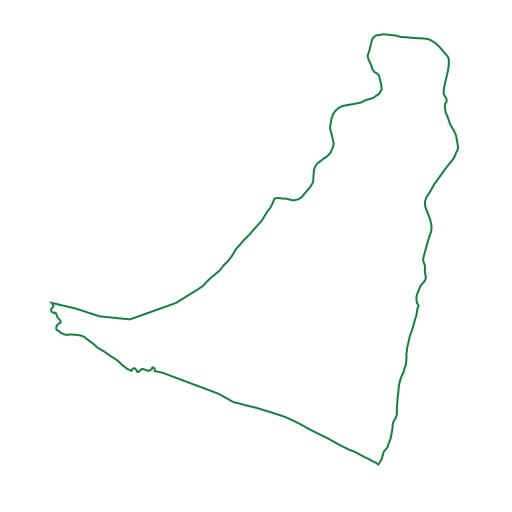 Tonpheung, Bokeo, Laos (Robinson projection), rotated 177°
{"feature_id": "54806243B26720131925701", "entity_name": "Tonpheung", "entity_type": "district", "adm_level": 2, "iso_a3": "LAO", "parent_name": "Laos", "parent_adm1": "Bokeo", "projection": "robinson", "projection_center": [100.271, 20.454], "detail": "fine", "context": "isolated", "style": "outline", "palette": "green", "viewbox_px": 512, "rotation_deg": 177, "n_neighbors": 0, "source": "geoboundaries", "source_scale": "gbopen_adm2", "svg_char_len": 4953}
<svg xmlns="http://www.w3.org/2000/svg" viewBox="0 0 512 512"><g transform="rotate(177 256 256)"><path d="M462.6,219.9L461.4,218.0L460.8,216.5L461.5,215.5L463.1,214.3L463.5,213.4L463.3,212.3L462.9,211.0L462.3,210.6L461.2,209.7L460.3,209.5L459.7,210.0L459.0,209.8L458.5,208.5L457.9,206.7L457.4,205.0L456.7,204.0L455.5,202.7L454.7,201.5L454.6,200.7L454.7,199.7L455.5,199.1L456.5,198.8L457.5,198.0L458.6,196.9L459.1,195.8L459.3,194.2L459.0,192.9L458.4,192.1L457.3,191.8L456.4,191.1L456.0,190.4L455.0,189.5L453.7,188.8L452.5,188.3L451.8,187.8L449.2,187.1L444.8,187.4L440.3,186.7L438.4,186.5L434.1,185.4L431.5,184.0L427.2,180.2L423.1,176.8L419.4,173.1L416.9,171.3L412.5,168.5L405.8,163.2L399.7,158.9L395.9,154.7L391.6,151.0L389.8,149.5L388.7,149.1L388.2,148.9L387.2,148.1L386.7,147.8L386.4,147.9L385.9,148.5L385.3,149.4L384.7,150.0L384.3,150.2L383.8,150.4L383.4,150.3L382.9,150.1L382.1,149.3L381.8,148.9L381.4,148.4L381.1,147.7L380.8,146.8L380.5,146.4L380.2,146.3L379.8,146.4L379.5,146.5L379.2,146.7L378.3,147.3L378.0,147.5L377.2,148.0L377.0,148.3L376.0,148.9L375.6,149.1L374.8,149.1L374.4,149.0L373.5,148.5L372.7,148.1L372.0,147.8L371.4,147.7L370.9,147.5L370.2,147.1L369.7,147.0L369.0,147.0L367.9,147.4L367.4,147.6L367.1,147.8L366.7,148.1L366.3,148.3L365.7,148.9L365.6,149.4L365.5,149.8L365.3,150.1L365.0,150.2L364.6,150.2L364.3,150.0L364.0,149.7L363.5,149.2L363.1,148.9L363.1,147.7L363.1,147.0L363.3,146.5L355.7,144.4L300.2,120.2L286.4,111.4L280.5,109.6L274.1,107.4L263.9,104.5L255.7,101.5L246.3,98.0L235.2,93.7L225.0,88.3L219.5,85.1L212.3,80.5L202.3,74.8L193.8,70.1L188.3,66.6L182.6,63.0L177.7,60.3L173.2,57.7L167.6,55.3L162.4,52.1L158.2,49.5L154.0,47.3L150.4,45.0L147.1,43.4L144.9,41.3L144.1,42.1L143.3,43.2L142.8,44.1L142.0,45.3L141.1,46.8L140.6,48.4L140.3,49.4L139.9,49.9L139.6,50.9L139.2,52.2L139.0,53.1L138.2,54.4L137.1,55.6L135.7,57.1L135.1,57.7L134.5,58.5L134.2,59.3L133.6,61.1L133.0,62.4L132.4,63.9L131.8,65.0L131.1,66.9L130.6,68.7L130.1,71.1L129.8,72.0L129.1,75.0L128.6,77.5L128.5,79.0L128.4,80.1L128.2,81.1L127.5,83.0L127.0,83.9L125.9,85.6L125.2,86.5L124.7,87.6L124.2,88.7L123.8,90.0L123.5,92.4L123.4,94.0L123.3,96.1L123.2,97.8L123.0,99.3L122.6,101.4L122.3,104.8L121.9,107.8L121.0,112.4L120.6,115.7L120.1,118.6L119.6,120.8L119.1,122.6L118.5,124.5L117.6,126.8L116.3,129.4L114.8,132.2L114.2,133.9L113.9,134.8L113.8,135.7L112.1,139.3L111.4,143.4L111.0,147.2L111.0,149.4L110.4,152.7L109.9,156.2L109.4,157.9L107.9,163.2L107.5,164.3L107.1,166.3L105.6,170.3L104.1,173.7L102.7,177.7L101.6,181.1L99.9,185.8L99.0,188.0L98.0,192.9L97.6,194.8L97.3,195.6L97.1,195.9L96.5,197.0L96.3,198.1L96.8,199.2L97.5,200.1L97.8,201.0L97.9,202.9L98.1,205.3L97.9,206.2L97.6,208.0L97.0,209.9L95.9,212.1L94.8,214.1L93.0,218.0L91.2,219.7L88.4,222.8L87.9,223.9L87.6,225.2L87.7,227.1L88.2,230.9L88.1,233.0L87.8,236.4L87.9,237.8L88.5,239.8L89.0,241.0L89.2,242.3L89.2,244.4L88.5,246.9L86.9,251.8L86.0,254.4L84.4,259.3L82.6,264.2L81.2,268.2L80.0,270.6L79.6,272.4L79.2,275.5L79.3,278.1L80.2,283.4L80.7,285.0L81.9,288.8L83.5,293.6L84.5,297.2L84.5,299.5L84.3,301.8L83.4,304.2L82.6,306.0L79.0,310.7L74.4,318.1L60.6,335.2L55.0,341.4L53.2,343.7L51.8,346.2L50.9,348.5L49.6,350.7L49.0,351.7L49.0,352.0L48.5,354.7L48.8,356.6L49.2,359.9L49.9,365.7L51.5,370.0L53.6,374.2L55.3,377.5L56.0,380.0L56.9,383.4L59.1,389.6L59.7,395.1L59.0,398.3L57.6,400.1L57.5,402.4L58.7,405.2L59.9,407.6L60.1,409.5L60.1,410.1L59.4,414.3L54.5,431.4L53.5,436.8L53.3,439.6L53.1,442.7L54.2,445.3L56.1,447.7L61.4,454.6L65.2,458.9L67.8,460.7L70.1,462.3L72.7,463.6L75.4,464.1L78.0,464.6L83.9,465.1L89.4,465.8L92.1,466.2L97.6,466.9L100.3,467.2L102.9,468.2L105.7,469.0L111.2,469.9L116.8,470.7L119.4,470.5L122.1,470.2L124.6,470.0L127.4,468.1L128.9,465.7L131.5,457.0L132.4,454.2L133.6,451.5L134.0,449.5L133.6,447.2L132.2,443.6L131.0,440.5L129.9,436.3L128.3,433.7L125.6,431.9L123.7,429.7L123.1,426.1L122.0,421.2L121.8,415.8L122.9,414.0L124.7,411.4L127.3,409.9L129.5,408.5L131.5,407.4L138.1,406.0L143.0,403.8L151.2,402.6L156.5,402.0L161.6,401.3L165.3,399.8L169.2,396.7L171.8,393.2L173.5,389.0L175.3,380.8L175.3,379.2L173.3,369.5L172.5,364.4L173.6,360.3L176.4,354.9L179.9,351.7L182.7,350.1L186.4,347.6L190.1,345.0L192.0,342.6L193.6,339.1L194.6,331.4L194.7,329.9L194.9,328.2L195.3,326.5L196.4,324.8L198.1,322.4L198.2,322.1L199.9,320.2L202.1,318.0L204.0,316.2L205.8,313.9L207.1,312.6L208.7,311.6L210.9,310.4L212.9,310.0L214.9,309.6L216.4,309.7L218.3,310.3L220.7,311.0L222.7,311.7L225.1,311.8L226.8,312.0L228.7,312.5L229.3,312.6L230.9,312.8L231.6,312.8L232.0,312.7L234.5,312.4L235.0,311.3L236.8,307.5L237.8,305.7L239.4,303.1L242.3,299.9L245.8,294.8L248.5,290.9L252.7,286.7L255.1,284.2L257.6,281.8L260.1,279.0L262.8,276.5L266.9,272.9L271.1,268.4L273.9,265.7L276.1,263.3L277.6,261.0L280.4,256.8L284.8,251.8L288.6,248.5L292.0,244.6L293.8,242.8L299.8,238.4L303.9,235.2L307.8,231.6L310.5,229.0L314.6,226.4L334.2,215.6L338.4,213.3L385.2,199.3L415.2,203.9L439.0,213.0L462.6,219.9Z" fill="none" stroke="#15803d" stroke-width="2"/></g></svg>